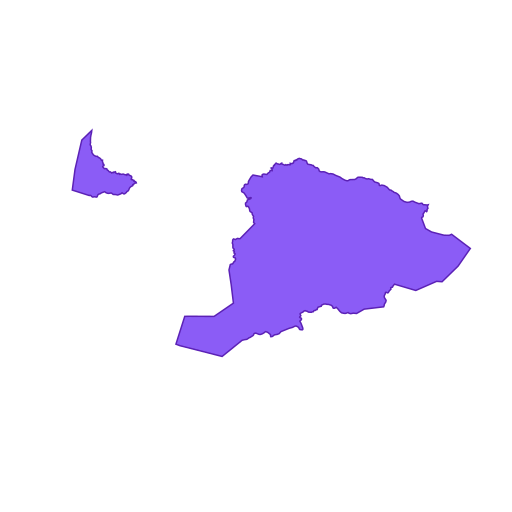 outline of Gracias, Lempira, Honduras, rotated 198°
{"feature_id": "27666195B65386405180850", "entity_name": "Gracias", "entity_type": "district", "adm_level": 2, "iso_a3": "HND", "parent_name": "Honduras", "parent_adm1": "Lempira", "projection": "mercator", "projection_center": [-88.54, 14.629], "detail": "fine", "context": "isolated", "style": "filled", "palette": "violet", "viewbox_px": 512, "rotation_deg": 198, "n_neighbors": 0, "source": "geoboundaries", "source_scale": "gbopen_adm2", "svg_char_len": 6162}
<svg xmlns="http://www.w3.org/2000/svg" viewBox="0 0 512 512"><g transform="rotate(198 256 256)"><path d="M54.5,329.4L76.7,337.1L78.6,335.4L83.5,333.9L96.5,333.1L103.3,334.5L110.3,343.3L110.2,344.1L109.5,344.6L109.3,345.1L109.4,346.2L110.1,347.5L109.6,349.1L109.3,351.0L109.0,351.3L107.4,350.9L107.3,351.2L107.3,351.9L107.7,353.2L107.2,354.4L108.3,356.2L108.1,357.9L109.0,357.3L109.9,357.2L112.7,356.5L113.3,356.7L114.2,357.4L114.8,357.4L117.2,356.1L121.6,356.3L123.7,356.7L125.2,356.0L126.9,354.5L127.9,354.2L128.8,353.7L132.1,353.6L136.3,354.9L137.0,355.6L138.2,357.4L139.7,358.4L141.1,358.9L142.2,359.2L144.5,359.2L145.2,359.6L147.5,360.1L148.0,360.4L149.4,360.1L152.4,361.9L155.8,362.6L158.3,362.3L159.8,361.3L160.3,361.3L160.7,361.5L161.2,362.6L161.6,363.0L162.9,363.2L166.0,363.1L166.9,363.5L169.0,364.8L170.6,364.3L172.8,364.3L174.1,363.6L175.0,363.5L175.9,363.5L177.1,363.8L178.3,363.5L179.3,363.7L182.9,362.6L183.6,362.2L184.7,360.3L185.7,359.3L190.1,357.7L190.6,357.4L191.9,355.9L193.2,355.6L194.9,355.6L198.1,356.2L200.5,357.0L205.1,357.3L208.1,357.8L210.6,357.4L211.9,356.7L216.6,357.2L218.1,356.9L219.9,356.2L221.1,356.1L222.2,356.5L223.2,358.0L224.7,358.8L225.3,358.9L226.2,358.4L226.5,358.4L228.4,359.0L229.5,359.8L230.4,359.6L231.6,359.8L235.0,359.3L235.8,359.8L237.4,361.9L238.6,362.1L239.5,361.8L240.2,362.2L240.9,361.8L241.6,361.8L242.2,362.2L243.1,362.4L244.0,362.2L244.7,362.3L245.2,362.1L246.2,361.3L246.8,360.5L246.8,360.1L247.6,359.9L247.6,359.3L247.8,359.0L248.8,358.8L249.2,358.5L249.2,356.1L249.5,356.0L250.0,355.2L251.0,354.8L252.1,354.7L251.6,353.5L251.7,353.3L253.8,352.8L254.2,352.6L254.6,351.9L255.9,352.1L256.2,351.5L256.9,351.2L257.9,351.5L258.5,351.4L259.8,351.5L260.2,352.3L260.8,351.8L261.4,350.7L262.2,350.3L263.4,350.4L264.4,350.2L265.3,350.6L265.7,350.5L266.4,348.8L266.7,348.6L266.5,347.8L267.2,347.2L267.1,344.9L267.4,344.7L268.5,344.6L268.8,344.3L268.2,344.0L267.4,343.2L267.0,342.2L268.5,341.9L268.9,341.7L269.0,339.9L270.0,338.8L270.9,336.9L273.8,336.4L274.6,336.0L275.3,334.9L274.5,333.3L283.9,332.1L285.1,329.7L286.0,325.8L286.2,324.5L285.8,322.8L285.8,322.4L286.1,321.9L287.0,321.2L288.2,321.0L288.7,320.5L289.0,319.7L288.7,318.4L288.8,317.4L290.1,315.8L290.2,315.2L290.0,313.8L289.4,312.8L287.4,312.4L286.6,312.1L284.3,310.3L282.3,308.5L281.5,308.5L279.2,309.9L278.7,309.9L278.6,309.4L278.8,308.9L280.9,307.2L281.5,306.6L281.4,304.6L282.3,303.1L282.0,302.0L281.0,300.4L280.6,300.1L280.0,300.1L279.2,300.8L278.4,300.5L276.9,299.0L276.1,297.4L275.5,296.6L275.1,296.4L273.2,296.0L272.3,294.3L270.6,293.0L270.5,291.7L270.3,291.2L269.3,290.1L268.7,287.2L267.2,286.3L276.5,267.6L277.2,267.3L279.1,267.0L280.7,265.3L282.6,265.3L283.0,264.7L283.1,263.9L282.7,262.5L282.6,261.0L281.6,259.9L280.6,256.9L280.1,256.3L279.1,255.9L278.7,255.5L278.7,255.0L279.1,254.4L279.2,254.0L278.0,253.6L277.9,252.1L276.9,251.9L276.5,251.5L276.6,250.4L277.4,248.8L277.3,248.2L276.9,247.8L275.0,247.7L274.4,246.7L274.6,244.2L274.9,244.0L275.3,243.5L275.7,241.5L276.1,241.1L277.0,240.7L277.8,239.9L277.4,234.4L270.7,221.0L262.9,204.2L277.2,185.6L300.7,178.1L305.1,176.6L304.9,147.4L300.6,147.2L257.2,150.0L243.2,171.5L241.2,172.8L239.2,173.8L238.6,174.3L237.4,176.0L236.6,176.6L234.4,179.2L234.0,180.0L233.9,181.4L233.7,181.8L232.6,182.5L231.8,182.6L229.1,182.4L227.9,182.6L227.2,183.0L225.9,184.0L224.5,185.6L223.6,187.0L223.2,187.1L221.2,187.0L218.4,185.9L217.9,185.6L217.4,184.3L216.9,183.8L215.5,184.6L214.1,186.7L211.6,188.0L210.0,189.3L208.9,191.8L202.1,197.5L198.9,199.6L198.7,200.0L197.0,201.5L196.0,201.8L194.5,201.6L193.2,201.0L192.0,199.8L191.5,199.6L189.8,199.9L189.0,200.2L188.8,200.6L188.9,201.2L189.5,202.3L192.4,205.9L194.2,207.6L194.1,207.9L193.3,209.1L193.2,210.2L193.9,210.9L195.1,211.0L195.6,211.3L195.6,211.7L194.9,213.0L196.2,214.5L196.2,214.9L195.3,216.0L194.1,217.1L193.1,218.9L192.4,218.9L192.0,219.3L191.2,219.1L190.4,219.3L189.1,218.9L188.4,218.9L185.9,219.6L185.3,220.2L184.3,220.7L184.0,221.9L183.5,222.3L182.9,222.5L182.3,223.3L181.3,224.0L181.5,224.8L181.3,225.4L181.2,226.5L178.4,228.4L178.5,229.4L176.7,231.2L174.8,231.9L173.8,231.9L172.0,232.4L169.3,232.4L167.6,231.7L166.8,230.5L166.0,230.3L165.0,230.7L163.9,232.0L162.1,231.2L159.2,229.3L157.1,228.4L155.0,228.6L153.5,228.9L152.5,229.5L151.0,230.7L149.8,230.3L148.1,230.4L145.8,231.7L142.6,232.4L136.7,238.9L118.9,247.1L118.8,248.2L119.0,250.0L118.4,252.2L118.5,253.8L118.8,254.3L120.7,255.8L121.5,256.8L121.7,258.2L121.4,260.0L121.6,260.9L121.2,261.7L120.4,261.7L119.7,261.5L118.9,262.0L118.5,263.9L117.4,266.2L118.0,267.2L118.0,267.6L117.6,268.0L116.6,268.5L116.4,269.9L115.6,272.0L93.4,272.6L76.4,287.7L71.1,289.0L60.7,308.8L54.5,329.4ZM451.1,261.9L433.2,262.0L432.7,262.4L432.1,262.5L431.6,262.4L430.6,261.8L429.4,261.6L428.1,262.4L426.0,262.7L425.6,262.9L425.4,263.4L425.3,265.2L424.9,266.1L423.6,266.9L422.5,268.3L419.8,270.4L418.0,269.8L416.4,269.8L415.5,270.0L413.3,271.1L412.6,271.1L410.8,270.4L408.8,271.0L406.3,271.3L403.7,273.4L402.9,274.7L401.1,274.2L400.2,274.5L398.9,276.4L398.7,277.4L397.6,278.6L397.2,282.0L396.5,283.2L395.0,284.8L395.0,285.3L395.2,285.6L395.2,285.9L394.5,286.2L394.1,287.6L392.4,288.5L392.7,289.0L393.2,289.3L393.9,289.5L395.1,289.4L395.2,290.0L395.4,290.2L396.2,290.1L397.0,290.5L397.6,290.2L398.3,290.3L398.4,290.5L398.5,292.7L399.7,293.6L401.5,293.6L402.5,294.5L403.8,294.1L403.9,293.9L403.6,293.5L403.8,292.9L404.5,293.3L405.2,292.8L407.6,292.9L409.6,291.9L410.6,292.1L411.1,291.5L412.0,292.3L413.3,291.3L414.8,291.5L415.5,292.1L415.6,292.6L415.8,292.7L416.6,292.0L417.1,292.0L417.3,291.8L417.2,291.3L418.1,291.2L418.8,290.4L420.5,291.0L421.2,290.7L421.7,290.8L423.2,291.7L423.9,291.7L424.7,292.7L425.8,292.8L426.8,292.3L427.3,292.3L429.2,293.3L429.4,293.5L429.4,294.0L429.2,294.4L428.6,294.9L428.6,295.5L429.1,296.1L429.6,296.0L429.9,296.2L430.1,297.0L431.2,298.3L431.6,299.7L432.6,299.3L433.9,300.5L435.5,301.0L436.2,301.0L437.7,301.8L439.1,301.3L441.3,301.7L442.1,302.1L444.2,303.8L444.5,305.4L445.7,306.4L446.1,308.2L446.9,309.6L448.1,310.5L448.5,313.2L448.8,313.5L450.0,317.7L450.3,319.7L450.5,322.2L451.0,324.7L457.5,312.4L454.9,282.5L451.1,261.9Z" fill="#8b5cf6" stroke="#5b21b6" stroke-width="1.5"/></g></svg>